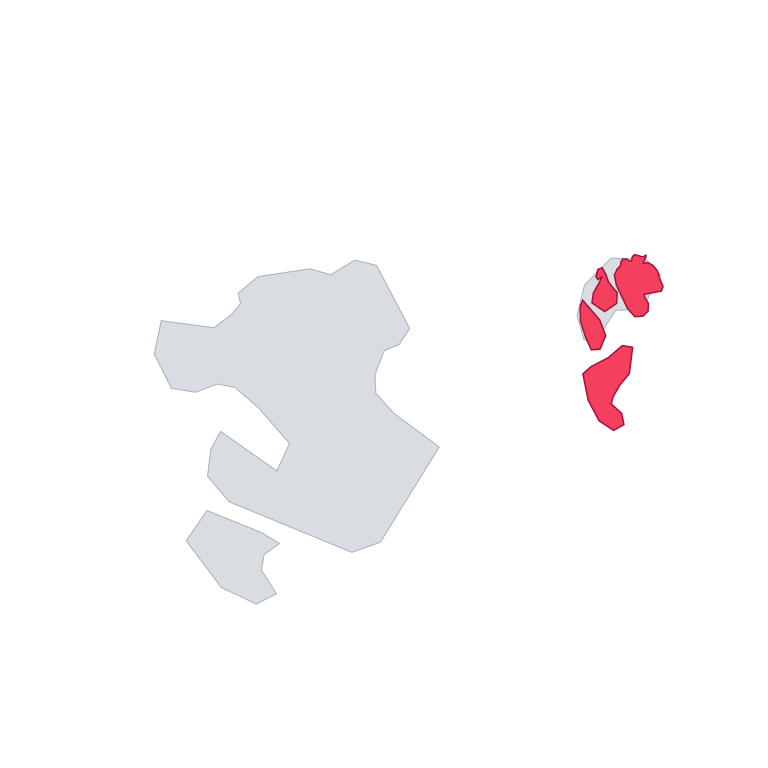 where Föglö sits in Aland, rotated 307°
{"feature_id": "ALD-4814", "entity_name": "Föglö", "entity_type": "state/province", "adm_level": 1, "iso_a3": "ALA", "parent_name": "Aland", "parent_adm1": "", "projection": "orthographic", "projection_center": [20.496, 60.014], "detail": "fine", "context": "in_parent", "style": "filled", "palette": "rose", "viewbox_px": 768, "rotation_deg": 307, "n_neighbors": 0, "source": "natural_earth", "source_scale": "10m", "svg_char_len": 1714}
<svg xmlns="http://www.w3.org/2000/svg" viewBox="0 0 768 768"><g transform="rotate(307 384 384)"><path d="M347.7,220.5L362.1,220.9L368.6,212.9L393.8,218.6L431.6,255.7L439.1,275.7L465.3,286.1L474.3,306.8L443.7,371.2L424.9,372.3L411.0,364.1L386.2,371.0L371.6,383.1L366.5,409.9L366.9,466.0L255.6,476.3L230.2,459.6L196.8,331.5L204.1,298.6L227.7,284.9L247.8,282.1L250.0,350.8L279.6,344.3L289.3,299.1L291.7,267.2L283.8,251.0L264.0,238.4L252.6,216.9L269.6,182.6L300.5,168.0L326.5,214.3L347.7,220.5ZM191.5,375.1L193.7,396.5L175.6,390.9L161.6,398.1L151.8,424.3L131.4,414.5L123.6,376.7L139.7,320.4L176.4,318.8L191.5,375.1ZM641.2,517.1L637.5,539.7L598.6,544.8L582.3,524.7L546.0,527.2L539.7,517.1L554.8,497.1L583.6,484.6L621.1,489.6L641.2,517.1Z" fill="#d9dde1" stroke="#a8b0b8" stroke-width="1"/><path d="M484.0,578.0L493.9,556.8L511.8,536.7L522.8,539.0L539.9,547.2L558.1,551.2L563.0,560.5L539.9,573.7L524.9,573.0L511.7,574.7L504.8,577.5L503.6,591.4L496.0,600.0L485.1,595.3L484.0,578.0ZM640.6,513.0L641.8,514.5L644.4,515.7L643.1,516.7L637.4,518.0L636.3,518.5L639.8,521.6L640.6,527.4L638.9,534.3L634.2,540.6L629.8,548.2L625.2,549.6L612.3,537.9L610.2,540.2L607.3,546.9L601.1,551.1L593.9,549.9L588.7,543.8L590.9,532.8L603.0,509.8L609.6,502.5L616.0,501.0L620.7,501.7L624.5,499.6L627.7,499.6L629.7,502.7L630.1,506.4L631.6,507.5L635.2,505.7L638.2,506.3L639.9,510.5L640.6,513.0ZM552.2,503.3L564.0,493.9L570.5,492.3L565.0,517.7L556.0,532.0L541.8,535.6L536.0,529.0L542.4,517.3L552.2,503.3ZM598.3,510.2L597.5,515.0L588.4,521.3L574.6,516.6L573.9,501.3L582.6,496.5L598.8,494.2L600.3,493.5L596.1,492.1L597.0,488.9L604.1,485.8L608.2,488.3L605.3,494.8L600.7,501.8L598.3,510.2Z" fill="#f43f5e" stroke="#9f1239" stroke-width="1.5"/></g></svg>